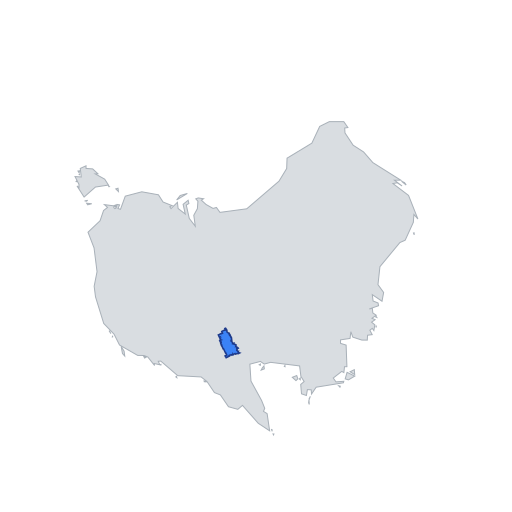 location of McKinlay, Queensland, Australia, rotated 150°
{"feature_id": "25037944B31801469695154", "entity_name": "McKinlay", "entity_type": "district", "adm_level": 2, "iso_a3": "AUS", "parent_name": "Australia", "parent_adm1": "Queensland", "projection": "natural_earth1", "projection_center": [141.103, -20.594], "detail": "fine", "context": "in_parent", "style": "filled", "palette": "blue", "viewbox_px": 512, "rotation_deg": 150, "n_neighbors": 0, "source": "geoboundaries", "source_scale": "gbopen_adm2", "svg_char_len": 6078}
<svg xmlns="http://www.w3.org/2000/svg" viewBox="0 0 512 512"><g transform="rotate(150 256 256)"><path d="M337.7,110.0L342.4,133.4L348.4,132.3L355.2,139.2L356.3,153.5L360.3,158.5L361.2,171.8L364.0,178.7L383.6,191.5L391.0,212.6L393.3,213.7L393.7,209.9L397.9,213.8L398.6,211.9L400.2,222.6L402.7,225.8L408.2,229.1L418.7,247.2L418.0,259.2L421.6,273.7L415.4,300.9L411.3,310.7L401.5,321.9L392.2,344.0L389.6,360.6L373.4,364.5L365.3,371.6L360.3,372.3L361.6,376.3L353.9,370.4L355.0,369.0L354.5,367.5L353.1,367.5L350.5,370.1L348.6,368.5L351.8,366.1L350.0,364.2L339.3,373.2L322.8,368.7L309.9,357.8L309.5,349.2L303.4,341.5L306.0,341.8L305.9,339.5L297.2,341.8L299.7,336.1L296.3,327.7L293.3,337.2L286.9,338.2L287.9,335.0L290.9,335.0L295.0,321.9L293.7,312.1L289.5,322.4L283.1,326.3L278.9,332.5L279.6,335.6L277.0,335.2L272.8,331.8L275.4,331.7L273.5,325.6L269.4,318.7L266.0,317.8L265.4,311.8L240.4,301.5L198.7,309.3L185.7,316.4L180.2,325.2L151.2,325.8L136.0,336.4L125.3,335.7L112.8,328.5L112.2,321.3L115.2,322.5L117.4,318.1L116.5,303.4L110.8,292.3L108.1,278.4L92.7,249.3L98.2,252.4L94.5,243.6L97.1,248.8L101.2,250.3L93.6,232.2L97.3,207.1L98.5,213.0L102.9,206.5L118.9,195.1L124.7,195.7L154.0,184.8L164.7,170.2L163.7,160.6L169.5,153.8L174.6,164.4L177.1,158.5L173.8,154.3L174.7,151.7L184.4,153.5L181.4,152.5L183.3,148.3L181.5,144.6L186.7,144.1L184.7,141.3L189.0,140.9L187.5,137.0L191.2,132.5L191.5,135.2L194.5,134.8L194.7,129.8L199.0,131.6L201.7,127.5L206.4,130.3L212.7,137.3L211.7,143.0L215.8,137.6L224.7,141.1L226.5,138.1L222.5,133.8L232.6,114.7L234.7,115.9L238.2,111.1L239.4,113.2L250.1,111.7L249.7,107.0L242.6,103.6L243.7,102.5L269.5,112.3L276.9,108.7L275.1,112.5L278.3,114.6L282.1,110.0L285.5,113.9L281.5,122.4L277.1,123.2L277.3,129.3L273.2,139.0L296.5,156.6L302.9,158.3L304.9,162.5L315.4,165.4L322.9,150.2L323.4,128.0L324.6,119.7L327.2,117.7L325.2,113.9L331.6,97.8L337.7,110.0ZM348.3,391.2L360.6,396.0L375.4,393.0L376.0,406.2L375.1,403.8L373.5,406.6L373.0,415.3L367.8,411.8L364.4,419.7L358.1,419.1L359.4,416.8L353.9,413.1L351.8,406.3L354.2,407.5L348.6,398.2L348.3,391.2ZM230.5,102.6L237.9,102.5L240.2,105.0L235.3,109.7L230.5,102.6ZM284.2,344.5L296.7,344.2L291.4,346.3L284.2,344.5ZM283.7,128.1L285.2,132.8L280.5,132.1L281.2,128.7L283.7,128.1ZM418.0,245.1L417.8,239.6L419.7,235.0L420.4,238.3L418.0,245.1ZM372.1,383.4L376.2,384.5L376.3,386.4L372.1,383.4ZM229.8,104.0L232.4,108.7L227.7,108.4L229.8,104.0ZM343.9,384.2L341.6,383.7L342.9,380.6L343.9,384.2ZM308.6,154.6L306.4,156.0L304.1,156.8L305.2,154.1L308.6,154.6ZM92.6,248.0L90.7,245.4L90.4,242.9L90.7,242.8L92.6,248.0ZM375.4,388.2L376.9,389.4L373.9,388.4L375.4,388.2ZM401.8,223.3L403.5,223.3L403.4,225.7L401.8,223.3ZM361.7,171.6L363.7,173.0L363.4,173.8L361.7,171.6ZM367.6,416.5L367.7,418.6L366.2,418.0L367.6,416.5ZM420.5,261.3L420.6,264.3L420.4,264.3L420.5,261.3ZM249.3,102.3L248.1,101.1L248.9,100.4L249.3,102.3ZM283.8,102.6L282.0,105.0L284.1,100.8L283.8,102.6ZM420.9,257.7L420.0,258.7L420.6,257.6L420.9,257.7ZM286.7,146.2L285.7,146.7L286.2,145.6L286.7,146.2ZM280.0,127.9L278.7,128.2L279.5,126.7L280.0,127.9ZM108.4,195.2L108.1,197.2L107.5,197.0L108.4,195.2ZM329.5,96.7L329.4,98.4L328.9,97.2L329.5,96.7ZM353.1,368.3L353.4,369.3L353.0,369.0L353.1,368.3ZM281.5,105.7L279.1,107.3L281.6,105.2L281.5,105.7ZM187.6,134.6L186.7,135.8L187.3,134.4L187.6,134.6ZM368.5,414.9L367.7,415.3L368.2,414.6L368.5,414.9ZM307.6,160.2L306.2,160.2L306.9,159.2L307.6,160.2ZM182.8,143.2L182.2,143.9L182.1,142.4L182.8,143.2ZM374.6,410.4L373.5,411.0L373.8,409.8L374.6,410.4ZM330.3,92.3L330.2,93.4L329.5,92.9L330.3,92.3ZM352.5,369.6L353.5,370.6L351.8,370.3L352.5,369.6ZM385.9,191.4L385.0,191.5L385.4,190.2L385.9,191.4ZM392.9,209.7L392.5,209.7L392.8,208.8L392.9,209.7ZM348.8,389.6L348.6,390.4L348.3,389.4L348.8,389.6Z" fill="#d9dde1" stroke="#a8b0b8" stroke-width="1"/><path d="M318.8,180.2L318.9,180.3L319.0,180.4L319.0,180.5L318.9,180.5L319.0,180.6L319.1,180.8L319.2,181.0L319.3,181.0L319.2,181.0L319.3,181.2L319.4,181.3L319.4,181.5L319.2,181.5L319.3,181.8L319.3,182.0L319.2,182.1L319.3,182.1L319.3,182.3L319.4,182.5L319.5,182.7L319.5,182.8L319.5,183.0L319.6,183.3L319.6,183.5L319.8,183.7L319.5,184.0L319.6,184.3L319.0,184.6L319.0,185.2L318.3,185.1L317.4,185.0L317.4,185.3L318.0,185.8L317.9,186.3L318.5,186.4L318.4,188.0L318.6,188.0L317.7,188.9L318.3,189.9L318.5,189.8L319.4,190.9L318.7,191.5L319.0,191.6L319.7,191.7L320.1,191.8L319.9,192.1L319.9,192.3L319.7,192.4L319.6,192.5L319.6,192.9L319.6,193.4L319.8,193.7L319.8,194.0L320.1,194.5L320.1,195.0L319.2,194.9L319.1,195.0L319.1,195.3L319.0,195.5L319.1,195.8L319.0,196.0L318.9,196.0L318.8,196.3L318.7,196.3L318.7,196.6L318.5,196.8L318.4,196.8L318.2,197.0L318.1,197.3L318.1,197.5L318.1,197.8L318.2,198.0L318.1,198.3L318.4,198.4L318.3,199.4L318.1,199.4L318.1,199.6L317.8,200.4L317.9,200.6L318.5,200.7L318.4,201.6L318.3,202.0L317.9,201.9L317.8,202.6L318.0,202.7L318.2,202.8L318.3,202.9L318.3,203.0L318.4,203.3L318.5,203.4L318.6,203.6L318.7,203.8L318.8,203.9L318.9,204.0L319.0,204.2L319.0,204.3L319.1,204.5L318.8,205.3L318.8,205.5L318.8,206.1L318.5,206.4L318.3,206.4L318.3,207.0L318.5,207.0L318.3,207.4L318.3,207.6L318.7,207.7L318.7,208.0L318.5,208.7L319.0,208.8L319.3,208.8L319.4,207.2L320.0,207.3L320.0,207.6L323.4,207.8L323.6,205.8L324.3,205.9L324.2,206.2L325.5,206.4L325.5,206.2L327.2,206.4L328.1,206.5L328.2,205.3L328.3,204.5L328.2,204.4L328.3,204.4L328.3,204.0L328.3,203.6L328.0,203.6L328.4,203.3L328.4,202.2L328.2,202.2L328.8,201.6L328.1,200.7L329.0,200.8L329.8,200.8L329.8,200.1L329.5,200.1L329.6,199.2L329.7,198.6L329.3,198.6L329.4,198.4L330.1,198.4L330.2,197.3L330.3,197.4L330.4,196.5L330.6,196.5L330.7,195.7L330.3,195.7L330.5,195.2L330.6,194.6L330.6,194.3L330.8,193.0L330.9,192.0L330.5,191.9L330.9,187.3L330.6,187.3L330.8,184.8L332.7,185.0L332.8,184.3L332.6,184.2L332.7,182.8L331.0,182.7L331.0,182.8L329.1,182.6L329.0,183.3L328.0,183.2L326.9,182.9L327.0,182.5L326.2,182.5L325.7,181.9L325.4,182.1L325.2,182.4L325.2,182.2L324.9,182.0L324.8,181.9L324.5,182.1L322.9,182.0L322.9,181.3L322.4,181.2L322.0,181.1L320.2,180.8L320.3,180.6L320.3,180.3L318.8,180.2Z" fill="#3b82f6" stroke="#1e3a8a" stroke-width="1.5"/></g></svg>